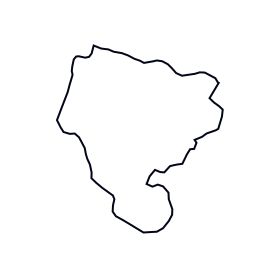 the district of Hwacheon-gun, Gangwon, South Korea, rotated 298°
{"feature_id": "91817680B86395324328742", "entity_name": "Hwacheon-gun", "entity_type": "district", "adm_level": 2, "iso_a3": "KOR", "parent_name": "South Korea", "parent_adm1": "Gangwon", "projection": "natural_earth1", "projection_center": [127.693, 38.168], "detail": "fine", "context": "isolated", "style": "outline", "palette": "ink", "viewbox_px": 256, "rotation_deg": 298, "n_neighbors": 0, "source": "geoboundaries", "source_scale": "gbopen_adm2", "svg_char_len": 1230}
<svg xmlns="http://www.w3.org/2000/svg" viewBox="0 0 256 256"><g transform="rotate(298 128 128)"><path d="M184.7,59.0L176.7,60.9L172.5,60.2L170.0,57.2L168.2,50.8L166.8,48.7L163.2,47.9L156.5,49.8L152.1,51.5L148.9,54.1L144.6,55.0L139.5,56.0L131.3,57.9L115.7,59.8L101.6,61.6L96.8,68.4L94.2,73.0L95.5,79.4L98.1,83.6L96.8,89.1L93.4,94.2L89.9,99.3L85.1,103.1L81.7,106.5L77.8,111.6L71.7,116.7L66.5,119.3L64.7,125.6L63.0,133.7L61.3,146.4L58.7,149.4L52.6,151.1L47.0,153.7L44.4,158.8L44.4,160.5L44.3,167.3L43.0,190.7L47.4,197.9L50.0,202.2L56.0,206.0L65.1,207.7L72.1,207.7L76.8,205.4L77.3,205.1L84.2,197.5L89.9,194.1L92.9,186.4L92.0,180.9L87.7,177.1L87.3,170.7L95.5,169.8L103.7,171.5L104.2,177.1L105.9,180.9L114.1,183.0L118.5,188.1L121.9,192.8L132.3,192.4L138.4,192.8L140.6,196.2L147.1,195.4L148.8,192.4L154.9,197.5L160.1,200.0L167.0,206.4L169.6,208.1L182.2,205.6L188.7,203.0L190.0,198.3L190.9,191.9L192.6,186.0L210.4,186.9L210.4,186.0L213.0,181.7L213.0,175.4L213.0,169.8L210.8,165.2L207.3,161.7L199.5,151.1L199.1,144.7L201.2,139.2L203.0,133.3L203.0,126.9L201.2,121.8L198.6,118.8L193.0,111.6L193.0,107.0L192.1,101.0L192.1,93.8L191.2,87.4L188.6,79.4L188.2,73.9L185.6,67.1L184.7,59.0Z" fill="none" stroke="#020617" stroke-width="2"/></g></svg>